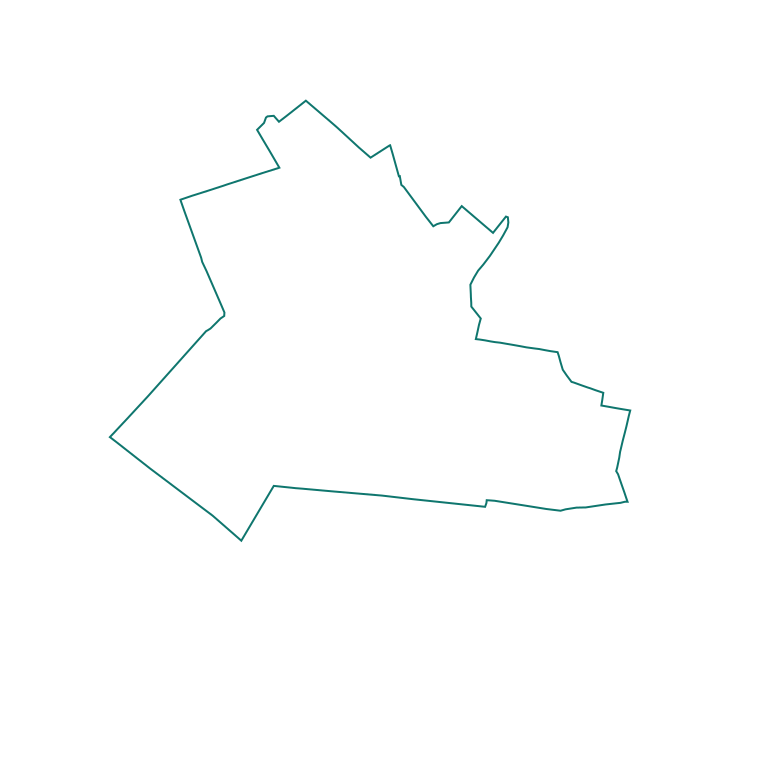 outline of Iratosu, Arad, Romania, rotated 121°
{"feature_id": "2599482B18379406714424", "entity_name": "Iratosu", "entity_type": "district", "adm_level": 2, "iso_a3": "ROU", "parent_name": "Romania", "parent_adm1": "Arad", "projection": "equal_earth", "projection_center": [21.188, 46.294], "detail": "fine", "context": "isolated", "style": "outline", "palette": "teal", "viewbox_px": 768, "rotation_deg": 121, "n_neighbors": 0, "source": "geoboundaries", "source_scale": "gbopen_adm2", "svg_char_len": 2134}
<svg xmlns="http://www.w3.org/2000/svg" viewBox="0 0 768 768"><g transform="rotate(121 384 384)"><path d="M570.7,591.6L571.4,585.2L575.0,556.4L576.9,541.1L583.5,478.5L585.1,463.2L591.8,425.6L528.1,426.0L520.6,410.0L518.8,406.1L515.8,400.1L502.4,372.5L483.5,334.0L480.7,328.3L467.8,299.8L445.3,251.5L437.2,234.1L433.3,234.9L430.7,236.1L428.9,232.6L427.1,229.0L416.4,202.5L407.5,180.4L401.7,167.4L397.9,163.8L390.8,155.3L385.9,147.5L373.2,132.1L366.2,122.9L364.1,120.1L360.7,116.7L359.5,114.6L357.0,117.6L352.9,122.4L348.1,128.2L344.5,132.5L340.8,136.9L339.1,140.1L335.5,141.1L326.0,144.4L320.5,146.7L318.2,147.4L309.8,150.1L302.0,152.4L295.4,154.4L290.2,156.1L285.0,157.8L279.9,159.3L282.8,166.6L285.3,173.0L287.8,179.6L290.5,186.6L285.7,188.5L278.6,191.5L280.4,199.6L281.4,204.8L282.1,207.7L283.3,213.5L285.0,222.1L285.6,224.4L282.6,231.7L279.7,238.1L274.5,243.8L269.9,248.6L267.3,251.6L270.0,258.0L272.2,263.8L274.1,269.0L275.8,272.8L279.2,280.7L281.3,286.4L281.8,287.7L284.6,295.0L286.8,300.6L288.8,305.8L291.0,310.6L292.6,314.6L294.6,320.0L296.6,324.9L298.2,328.4L291.5,330.6L284.5,333.0L278.0,334.8L277.8,335.4L275.2,342.3L272.7,349.0L270.8,350.2L269.5,351.0L264.7,354.3L262.2,355.9L254.4,361.1L246.4,361.7L238.3,361.7L230.5,360.4L219.6,359.2L211.6,358.8L203.7,358.4L195.4,358.4L186.0,358.8L181.5,360.6L177.3,363.7L177.7,365.7L198.3,368.4L191.5,409.0L212.1,411.6L217.0,418.5L219.8,421.0L223.4,423.0L219.1,434.3L204.9,468.5L204.4,471.7L197.7,477.5L198.3,478.2L182.1,495.3L176.2,501.7L176.5,502.0L196.9,512.1L194.2,527.4L188.3,556.1L186.7,565.2L181.4,596.9L205.2,605.9L213.3,609.1L210.9,616.6L214.6,621.7L216.4,622.4L222.0,621.3L231.5,623.7L237.0,613.6L243.0,602.4L252.5,585.1L253.0,585.5L265.5,596.6L279.7,609.0L293.8,621.3L296.9,623.9L308.4,633.9L318.5,642.8L321.3,645.3L330.3,652.9L330.9,653.4L331.8,652.4L338.7,644.1L369.9,605.8L373.0,602.7L378.6,594.3L400.7,563.4L404.9,557.6L408.0,556.0L412.1,557.9L417.2,559.1L425.8,561.3L428.8,562.8L430.3,563.7L516.0,580.0L516.5,580.1L521.3,581.1L550.0,587.1L551.7,587.5L561.0,589.5L565.4,590.4L566.6,590.7L569.8,591.4L570.7,591.6Z" fill="none" stroke="#0f766e" stroke-width="2"/></g></svg>